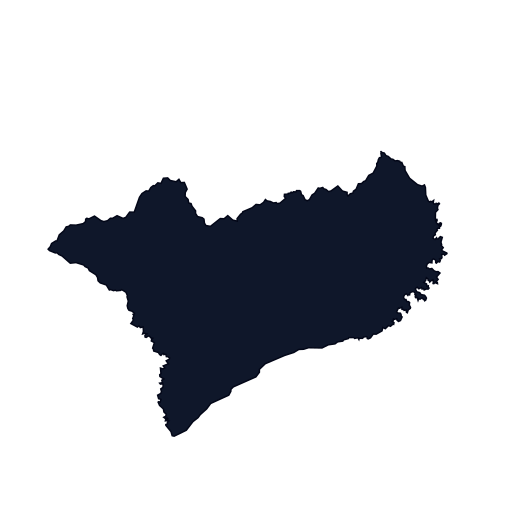 Santa Marta, Magdalena, Colombia, rotated 142°
{"feature_id": "7082276B2481053474358", "entity_name": "Santa Marta", "entity_type": "district", "adm_level": 2, "iso_a3": "COL", "parent_name": "Colombia", "parent_adm1": "Magdalena", "projection": "orthographic", "projection_center": [-73.961, 11.086], "detail": "fine", "context": "isolated", "style": "filled", "palette": "ink", "viewbox_px": 512, "rotation_deg": 142, "n_neighbors": 0, "source": "geoboundaries", "source_scale": "gbopen_adm2", "svg_char_len": 6088}
<svg xmlns="http://www.w3.org/2000/svg" viewBox="0 0 512 512"><g transform="rotate(142 256 256)"><path d="M431.4,164.4L418.2,161.6L407.7,164.3L401.2,164.3L397.7,165.3L389.0,165.9L382.5,167.7L363.1,163.1L359.2,164.8L357.8,166.4L354.4,166.8L330.5,160.8L324.9,162.3L323.1,164.6L315.0,165.4L294.6,160.0L285.6,156.7L279.8,156.0L275.9,153.2L271.1,151.4L260.6,142.9L253.7,141.5L247.8,138.1L244.6,138.1L240.0,135.5L238.7,136.0L234.1,134.1L233.2,134.6L229.2,131.6L229.0,130.3L226.0,128.9L226.3,126.9L225.4,127.6L222.7,125.5L221.2,125.9L218.7,124.6L218.4,123.7L219.1,122.5L218.6,121.6L216.2,121.0L211.7,122.3L209.4,120.4L202.8,119.4L200.1,121.6L198.9,119.1L194.4,119.6L193.3,117.8L189.9,118.0L189.6,117.4L188.3,118.5L188.9,120.7L187.9,120.5L186.5,121.7L186.3,121.0L183.7,120.0L184.4,118.6L184.0,116.7L181.9,116.2L178.4,118.0L178.7,119.0L177.7,120.6L177.4,122.0L179.5,123.9L179.6,125.4L175.8,127.3L175.0,126.4L172.6,125.9L173.8,124.1L172.5,122.8L172.8,122.0L170.9,121.1L172.1,119.0L171.7,118.1L169.3,119.8L166.7,119.7L165.9,120.3L165.4,123.0L163.6,124.8L163.9,126.2L165.2,127.2L164.6,129.4L165.6,130.2L165.5,132.1L164.1,133.5L162.3,134.0L160.7,133.6L160.6,131.5L159.8,131.9L158.9,130.8L157.3,132.2L155.0,131.8L153.4,130.3L153.7,128.2L154.6,127.7L154.0,126.6L155.7,125.8L155.8,124.8L154.5,124.2L155.6,121.3L154.0,122.3L153.4,121.0L150.7,120.7L150.9,118.6L150.0,117.9L150.6,116.9L149.6,116.7L147.6,117.9L147.3,119.9L147.4,121.4L149.7,124.0L149.5,126.3L151.4,128.9L150.6,132.2L148.2,132.2L147.9,129.9L144.9,129.3L145.5,127.7L144.0,127.2L144.4,125.7L142.2,125.2L140.7,123.9L139.4,124.2L139.7,125.1L138.6,126.4L139.8,126.9L138.8,129.1L140.1,131.9L137.5,132.2L135.1,134.0L134.6,132.2L135.3,130.8L134.7,129.9L135.1,128.5L133.1,128.8L132.1,128.0L132.3,128.6L131.1,128.5L131.2,127.3L133.4,125.3L132.9,124.7L131.4,124.9L130.0,122.5L129.4,123.5L130.0,124.9L126.9,125.4L126.7,128.3L121.5,129.3L122.1,131.6L123.8,132.8L124.8,134.7L125.1,137.9L127.2,138.9L127.8,140.7L129.0,141.3L127.8,143.2L126.0,144.3L123.6,144.4L121.6,142.3L119.9,144.3L117.9,144.6L117.0,142.1L118.5,140.1L118.2,139.3L116.2,139.7L115.0,138.2L113.6,138.9L113.1,140.7L111.6,139.8L110.5,140.2L108.7,142.9L106.9,141.9L106.9,140.5L104.1,140.3L103.8,140.9L106.1,145.5L105.9,146.6L103.3,147.3L103.5,150.6L102.7,150.7L101.7,153.1L97.7,156.0L98.8,157.8L102.3,157.3L102.9,157.9L102.5,159.2L104.8,158.8L105.6,161.2L103.4,162.6L101.6,162.3L100.8,163.9L97.3,164.6L97.4,165.2L96.0,166.0L94.4,164.9L93.7,165.9L92.2,165.8L90.7,166.6L89.8,167.6L90.3,168.7L90.9,168.8L92.7,166.7L93.3,167.9L92.6,169.4L93.5,169.9L93.0,172.6L92.5,173.0L92.1,172.3L91.9,172.6L92.7,173.2L92.4,173.9L91.0,173.4L91.7,172.1L91.0,173.1L90.9,173.5L91.2,173.7L92.0,173.9L91.6,175.1L87.7,179.9L84.1,180.5L83.6,182.0L81.5,183.9L79.3,184.2L79.3,185.1L80.2,184.8L81.6,186.6L82.2,186.3L83.6,187.3L83.6,188.8L81.9,190.4L83.8,190.4L85.0,191.7L85.9,191.5L86.4,193.1L84.7,199.5L80.3,205.7L79.5,208.3L82.1,208.8L84.8,212.8L87.1,222.7L85.9,231.6L83.7,234.8L84.6,236.0L83.5,240.0L84.6,240.7L84.4,242.2L85.8,244.1L87.9,245.3L88.6,248.0L89.8,249.1L90.5,253.1L91.8,255.1L91.5,258.1L92.9,259.9L93.3,261.9L93.5,260.5L94.3,260.1L96.0,257.0L96.9,256.7L98.2,257.5L100.1,256.7L102.5,254.8L103.9,254.6L105.4,252.5L112.7,249.2L117.5,250.1L123.3,247.8L125.3,248.4L128.3,248.1L130.8,249.9L136.0,247.0L139.3,247.1L140.9,245.9L143.3,247.0L146.6,246.7L146.4,248.4L145.0,250.1L147.9,254.0L148.4,260.8L156.8,261.1L159.2,262.1L159.9,265.4L161.2,267.2L161.2,268.9L164.0,270.0L165.1,271.3L171.2,269.3L174.2,269.6L179.2,267.5L181.6,268.0L182.7,270.1L181.7,274.6L182.4,276.3L181.0,279.5L181.3,280.6L183.8,282.6L185.2,281.9L186.8,283.5L188.7,283.6L189.0,284.7L190.1,284.4L192.1,285.5L192.6,285.0L195.6,287.1L197.1,285.5L197.1,283.2L204.6,282.9L207.1,284.3L207.2,285.7L209.6,287.0L211.1,290.1L213.4,292.7L213.8,294.7L217.0,293.6L221.3,293.8L224.2,296.6L229.3,296.4L239.1,299.0L240.2,298.3L242.5,298.4L247.9,297.1L249.3,295.0L252.2,298.6L253.4,305.2L258.2,305.0L261.1,307.5L273.6,307.4L276.7,310.8L276.4,313.6L274.3,317.1L274.8,319.3L277.8,323.1L277.4,326.8L275.8,328.8L275.8,334.6L274.9,337.3L276.4,339.2L274.7,342.4L275.2,346.6L272.6,349.6L269.1,351.1L267.2,358.1L270.1,360.1L269.5,363.9L273.2,363.7L277.1,368.3L277.5,371.9L281.1,374.3L286.2,371.7L288.3,374.1L292.5,373.6L293.6,374.7L296.7,374.7L300.6,373.2L302.5,375.0L307.4,375.4L311.7,374.0L325.0,365.5L328.5,368.4L334.8,366.6L337.6,367.5L340.7,373.3L345.8,374.0L347.5,375.4L351.2,375.2L354.7,376.8L356.4,379.3L358.7,386.9L364.8,388.1L366.1,389.9L367.5,389.9L369.1,388.1L372.2,387.9L378.8,391.1L383.2,394.8L385.4,394.7L387.6,395.8L392.1,394.1L398.0,393.8L403.5,390.4L404.6,391.2L409.4,391.7L412.3,390.0L415.6,389.4L415.4,387.4L412.3,382.0L410.7,380.9L410.5,378.7L408.8,375.4L406.8,364.7L401.9,361.6L397.3,355.0L397.2,352.9L395.7,349.9L396.3,347.0L393.7,339.8L394.1,336.6L395.7,333.7L395.3,330.7L391.8,325.3L392.5,319.5L391.2,319.0L389.6,316.4L387.9,315.7L387.4,314.5L383.8,312.2L382.5,312.2L380.8,307.5L381.7,304.0L382.8,303.2L384.4,299.1L388.1,296.1L389.3,293.5L389.5,291.4L387.7,288.9L387.0,285.7L387.6,285.2L388.8,285.7L388.9,284.3L391.7,282.6L392.0,281.0L396.2,279.8L393.2,273.0L391.2,273.1L391.2,270.8L388.6,269.6L391.1,265.9L393.3,264.4L391.3,263.7L389.9,261.8L392.3,261.9L393.3,260.5L392.7,259.5L390.1,259.2L389.3,258.5L389.3,256.2L388.1,254.8L389.4,254.7L390.8,253.5L389.4,250.3L394.2,247.0L394.2,245.7L395.1,244.1L392.3,240.0L392.6,237.7L392.1,236.2L389.4,236.6L388.7,236.0L389.3,235.1L387.5,234.1L388.6,231.9L387.5,231.0L386.8,228.8L387.8,228.1L391.3,228.7L391.4,225.0L396.8,226.5L396.8,224.0L398.7,224.2L400.3,226.5L403.3,221.8L405.0,221.7L405.9,220.2L404.3,215.8L406.7,216.1L407.7,213.8L410.2,215.1L410.2,213.9L408.1,212.6L409.2,210.7L410.4,209.8L412.9,209.9L414.0,207.3L415.7,206.3L419.2,206.9L420.6,203.5L419.1,201.5L421.5,199.8L422.4,201.1L423.1,201.1L424.0,197.6L423.1,192.6L424.6,189.7L424.1,186.6L425.8,185.3L428.0,185.7L427.5,183.8L425.6,183.0L425.7,182.1L428.2,182.5L428.9,181.9L426.5,180.6L426.1,179.6L428.1,179.6L429.2,178.2L430.8,178.7L431.3,178.0L431.1,169.9L432.7,166.0L431.4,164.4Z" fill="#0f172a" stroke="#020617" stroke-width="1.5"/></g></svg>